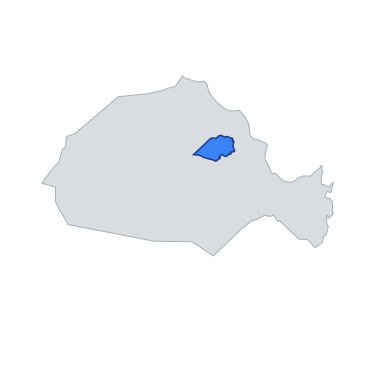 Tanout, Zinder, Niger (highlighted), rotated 226°
{"feature_id": "23599985B69081741011402", "entity_name": "Tanout", "entity_type": "district", "adm_level": 2, "iso_a3": "NER", "parent_name": "Niger", "parent_adm1": "Zinder", "projection": "natural_earth1", "projection_center": [8.581, 15.143], "detail": "fine", "context": "in_parent", "style": "filled", "palette": "blue", "viewbox_px": 384, "rotation_deg": 226, "n_neighbors": 0, "source": "geoboundaries", "source_scale": "gbopen_adm2", "svg_char_len": 4368}
<svg xmlns="http://www.w3.org/2000/svg" viewBox="0 0 384 384"><g transform="rotate(226 192 192)"><path d="M282.1,265.9L279.2,266.0L277.5,266.6L275.4,268.4L273.1,269.1L270.2,270.7L268.4,272.0L266.8,273.1L264.4,275.6L263.7,277.5L261.3,277.8L258.1,277.5L256.0,275.6L251.2,273.6L248.1,272.8L246.7,272.5L239.3,272.2L231.5,273.0L227.6,273.9L226.8,274.1L224.6,275.3L222.7,276.7L217.7,282.8L211.0,282.6L207.0,281.9L203.7,281.0L198.9,278.1L193.1,273.7L190.8,273.1L188.8,272.8L188.1,272.8L181.2,277.2L179.8,277.1L178.2,277.6L177.1,278.7L176.3,279.2L175.5,279.3L174.4,279.1L173.3,278.4L172.2,277.2L169.3,272.3L168.8,271.5L167.5,270.1L165.5,267.8L164.1,266.8L163.2,266.5L162.2,266.7L156.6,264.8L151.0,262.7L149.8,263.0L148.9,263.4L147.0,264.9L144.7,265.2L141.8,265.1L140.2,264.9L137.7,265.4L136.0,266.0L133.7,267.0L130.8,269.8L130.0,270.1L129.3,270.6L128.3,278.2L127.5,280.5L126.0,283.5L123.1,286.4L121.1,288.1L121.1,290.5L120.9,294.3L120.8,297.0L121.0,298.7L120.6,299.5L120.5,300.2L120.6,301.4L121.1,301.9L121.3,302.6L121.2,303.2L120.2,303.8L119.2,302.1L117.9,300.9L116.4,300.4L115.4,299.5L114.9,298.3L113.0,295.9L108.7,291.2L108.2,291.1L107.5,290.9L106.2,291.4L105.5,292.2L104.9,292.5L104.1,292.6L102.0,293.2L100.4,293.9L100.3,294.6L101.1,298.1L100.7,300.1L100.0,299.1L97.6,295.5L95.9,292.9L95.6,292.3L95.4,291.4L95.6,291.0L96.2,290.7L97.8,290.3L98.1,290.0L98.1,289.3L97.9,287.9L97.1,286.1L96.2,284.9L95.7,284.6L94.8,284.6L93.8,284.8L91.9,286.3L91.1,286.5L89.2,286.4L87.5,286.1L86.4,285.3L83.3,282.4L79.9,279.2L78.5,278.8L78.2,278.4L78.0,276.0L78.1,273.1L78.3,272.3L79.7,272.8L81.2,273.0L81.7,272.5L80.5,271.4L78.7,270.4L78.1,268.8L77.6,268.2L76.8,267.7L75.9,267.4L75.0,266.9L74.4,266.5L73.4,266.3L72.3,265.9L70.8,263.4L69.3,260.9L68.4,258.9L68.1,257.7L68.6,255.7L68.2,254.9L66.5,252.8L65.1,250.9L65.5,248.0L65.8,245.5L65.8,244.0L66.1,243.1L66.3,242.1L67.2,241.8L69.6,241.8L74.2,242.3L77.9,241.8L78.1,241.7L80.7,239.1L83.6,236.3L87.9,236.0L92.6,235.7L96.3,235.6L101.7,235.4L106.0,235.2L111.0,235.0L111.2,233.7L111.5,233.4L112.0,233.4L115.7,234.0L119.1,234.7L119.4,232.3L122.5,229.3L124.2,228.7L124.6,228.2L125.2,227.2L125.5,225.6L125.7,224.5L126.3,223.6L126.8,221.9L127.4,218.9L129.2,215.8L130.2,211.5L130.3,207.4L130.6,204.3L131.1,203.7L131.1,198.2L131.1,192.6L131.1,187.9L131.1,182.1L131.2,176.9L131.2,171.4L131.2,166.4L131.2,163.1L134.7,162.3L138.3,161.5L143.6,160.3L149.3,159.0L155.6,157.5L157.0,156.7L161.7,151.9L163.9,149.7L168.1,145.4L171.4,142.1L175.5,137.9L179.9,133.7L183.4,130.3L188.9,126.4L197.1,120.7L205.4,114.9L213.6,109.1L221.9,103.3L230.1,97.5L238.3,91.7L246.5,85.9L254.7,80.2L263.0,82.4L270.8,84.4L278.7,86.6L280.6,87.7L284.9,91.8L290.3,97.1L290.5,97.2L290.8,97.2L295.9,94.1L302.6,90.0L304.5,101.0L305.9,110.4L306.1,116.4L306.1,118.0L306.7,119.0L307.9,120.1L313.0,128.7L312.0,130.3L312.8,132.9L314.1,134.1L318.3,139.3L318.9,140.3L318.7,141.1L315.8,147.2L315.3,148.6L314.8,156.4L314.5,161.8L314.0,169.3L313.4,178.3L312.9,185.9L312.3,195.9L311.7,205.3L307.6,210.5L300.2,219.8L294.1,227.3L291.1,232.3L285.2,242.1L282.6,248.4L280.5,251.7L279.5,253.1L280.4,257.8L282.1,265.9Z" fill="#d9dde1" stroke="#a8b0b8" stroke-width="1"/><path d="M192.9,251.8L193.2,251.8L193.9,252.0L194.4,252.1L194.9,252.6L196.0,252.8L196.1,253.1L196.7,253.7L197.6,254.6L198.3,255.6L198.4,256.3L199.2,256.9L200.0,257.3L200.0,256.5L200.2,256.3L200.9,256.3L201.8,257.9L202.3,258.4L203.0,257.9L203.8,257.6L205.1,256.9L205.6,256.8L206.7,256.1L207.2,256.0L207.4,255.4L207.9,255.4L208.2,255.0L208.7,254.0L209.4,253.1L210.2,253.1L211.6,252.7L212.3,252.5L212.9,251.8L213.3,251.0L213.8,250.5L213.8,246.5L214.6,246.0L216.5,244.5L216.7,244.0L217.6,242.5L217.6,240.9L217.8,219.0L216.8,220.0L216.2,220.3L215.1,221.4L213.6,222.6L212.1,223.4L210.9,223.7L209.7,224.1L208.3,224.7L205.5,226.3L203.0,227.8L201.6,228.7L199.0,230.1L197.6,230.5L197.6,231.3L197.3,232.5L197.1,233.7L196.9,234.7L196.7,235.2L196.7,235.5L197.1,236.1L197.6,236.1L198.2,235.9L198.3,236.3L198.2,236.4L198.2,238.5L198.3,239.7L197.4,239.7L195.7,240.1L195.6,240.3L194.9,240.4L194.2,241.0L193.9,241.2L193.9,241.8L193.6,242.8L193.5,243.9L193.7,244.4L193.3,244.7L193.2,244.8L193.7,245.6L192.9,246.2L192.4,246.2L192.3,246.5L192.5,246.8L193.0,246.8L193.3,247.2L193.4,248.6L193.1,248.9L192.8,249.1L192.5,249.1L192.3,249.4L192.2,250.3L191.9,250.4L191.9,251.2L192.3,251.5L192.9,251.8Z" fill="#3b82f6" stroke="#1e3a8a" stroke-width="1.5"/></g></svg>